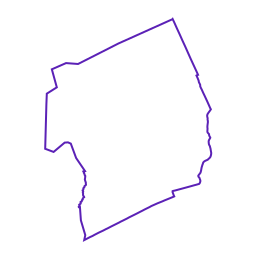 Menaka, Gao, Mali (orthographic projection), rotated 336°
{"feature_id": "8926073B3742503303790", "entity_name": "Menaka", "entity_type": "district", "adm_level": 2, "iso_a3": "MLI", "parent_name": "Mali", "parent_adm1": "Gao", "projection": "orthographic", "projection_center": [2.874, 16.667], "detail": "fine", "context": "isolated", "style": "outline", "palette": "violet", "viewbox_px": 256, "rotation_deg": 336, "n_neighbors": 0, "source": "geoboundaries", "source_scale": "gbopen_adm2", "svg_char_len": 3412}
<svg xmlns="http://www.w3.org/2000/svg" viewBox="0 0 256 256"><g transform="rotate(336 128 128)"><path d="M42.4,212.6L44.2,212.5L48.9,212.2L51.7,212.2L53.7,212.0L58.8,211.7L63.8,211.6L66.8,211.4L68.1,211.4L73.1,211.1L77.9,210.9L82.2,210.7L82.7,210.6L85.8,210.5L87.9,210.4L90.3,210.3L92.5,210.1L94.8,210.0L99.8,209.8L101.8,209.7L105.1,209.5L107.3,209.4L110.2,209.2L115.5,209.0L117.6,208.8L120.6,208.8L122.2,208.8L124.4,208.8L129.6,209.0L131.8,209.0L137.7,209.2L141.3,209.3L142.4,209.3L142.4,207.8L142.6,205.6L142.6,204.8L142.7,204.5L142.9,204.2L143.0,204.0L143.1,203.8L143.9,203.9L145.4,204.2L146.0,204.3L153.0,205.4L160.1,206.5L165.5,207.3L167.3,207.6L170.3,208.0L171.3,207.4L171.6,207.1L172.3,206.3L172.3,206.2L172.7,205.5L172.8,205.1L172.9,203.5L173.0,202.5L172.8,201.9L172.6,201.3L172.6,200.8L172.8,200.2L173.1,200.0L173.5,199.7L174.3,199.3L175.5,198.6L175.8,198.5L176.5,197.8L177.6,196.4L178.1,195.6L179.3,193.9L181.4,191.5L181.7,191.3L182.6,190.2L182.8,190.1L183.1,189.9L183.4,189.8L183.9,189.6L184.5,189.5L185.1,189.4L187.1,189.4L188.0,189.4L188.6,189.1L189.9,188.7L190.9,188.3L191.4,188.0L191.8,187.6L192.4,187.0L193.4,185.6L193.9,184.6L194.0,184.2L194.4,182.6L195.0,180.3L195.2,178.9L195.3,178.5L195.3,178.4L195.4,177.5L195.3,176.7L195.3,176.1L195.4,175.4L195.7,174.5L196.0,173.6L196.4,172.7L196.8,172.3L197.6,171.5L198.2,171.2L199.2,170.4L199.3,170.0L199.2,169.6L199.1,168.3L199.2,167.5L199.4,166.9L199.4,166.6L199.5,166.5L199.4,166.1L199.2,165.5L199.0,165.0L198.9,164.3L199.0,163.8L199.2,163.2L199.7,162.3L199.9,161.9L200.5,160.7L200.6,160.3L200.7,160.0L200.8,159.7L201.0,159.2L201.2,158.8L201.8,157.7L202.3,156.9L203.4,155.1L203.7,154.3L203.9,153.8L204.0,153.1L204.2,152.5L204.8,151.3L204.8,151.0L204.9,150.3L205.0,149.9L205.4,148.8L205.9,148.1L206.3,147.7L207.8,146.7L210.3,145.3L211.3,144.6L211.2,143.3L211.2,136.2L211.1,129.8L211.0,126.4L211.0,123.1L210.9,121.2L210.9,119.7L210.9,119.4L211.0,119.3L211.2,118.7L211.3,118.3L211.5,117.9L211.5,117.4L211.5,116.8L211.4,115.3L211.4,115.1L211.5,114.5L211.8,113.5L211.8,113.1L211.9,110.9L211.9,109.5L211.9,107.9L212.7,107.8L213.6,107.9L213.6,104.1L213.5,97.3L213.4,90.3L213.4,83.6L213.4,76.3L213.3,70.2L213.3,63.7L213.2,56.3L213.2,50.1L213.1,47.1L213.1,46.6L212.9,46.7L153.8,46.9L108.4,49.2L97.8,43.5L82.3,43.4L79.5,61.9L67.8,63.6L63.2,72.9L43.9,113.3L50.3,119.6L64.2,115.6L67.3,116.7L69.4,119.0L68.4,134.3L71.2,149.9L69.6,149.6L69.7,150.1L70.0,150.5L69.7,150.8L69.4,151.0L69.5,151.7L69.5,152.6L69.3,153.1L69.4,153.7L69.5,154.3L69.4,154.7L69.0,155.1L68.7,155.9L68.3,156.5L67.7,157.3L67.6,157.9L67.6,158.2L67.4,158.7L67.4,159.7L67.2,160.7L67.2,161.0L67.0,161.3L66.6,162.3L66.6,162.6L66.4,162.9L65.3,163.3L64.8,163.3L64.2,163.9L63.9,164.5L63.1,164.6L62.6,165.0L62.4,165.7L62.1,166.1L61.7,166.5L61.2,166.5L61.0,166.8L61.1,167.3L61.2,167.9L61.0,168.2L60.4,168.7L60.4,169.1L60.3,169.7L59.7,170.8L59.6,171.4L59.7,171.7L59.6,172.2L59.8,172.6L59.9,173.0L59.8,173.4L59.3,173.4L58.8,173.6L58.2,173.9L57.8,174.2L57.7,174.5L57.6,174.9L57.4,175.0L57.1,174.9L56.6,175.2L56.1,175.8L55.9,176.2L55.7,176.3L55.4,176.4L55.1,176.3L54.8,176.3L54.6,176.3L54.5,176.6L54.3,176.9L54.1,177.3L54.0,177.6L54.0,177.8L53.5,178.0L53.2,178.0L52.6,178.1L52.3,178.2L52.1,178.3L52.1,178.9L52.1,179.2L52.2,179.4L52.1,179.6L51.8,179.8L51.4,179.8L51.1,179.9L50.9,180.0L50.9,180.4L51.9,180.8L47.4,193.2L45.4,208.5L42.4,212.6L42.4,212.6Z" fill="none" stroke="#5b21b6" stroke-width="2"/></g></svg>